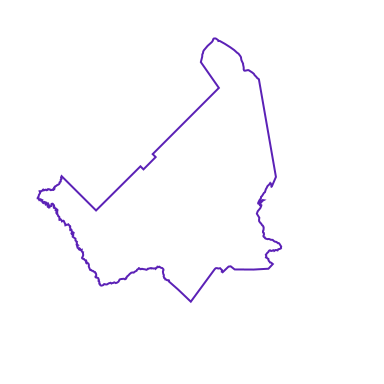 the district of Taveta, Coast, Kenya, rotated 225°
{"feature_id": "3690345B11030917787472", "entity_name": "Taveta", "entity_type": "district", "adm_level": 2, "iso_a3": "KEN", "parent_name": "Kenya", "parent_adm1": "Coast", "projection": "albers", "projection_center": [37.998, -3.439], "detail": "fine", "context": "isolated", "style": "outline", "palette": "violet", "viewbox_px": 384, "rotation_deg": 225, "n_neighbors": 0, "source": "geoboundaries", "source_scale": "gbopen_adm2", "svg_char_len": 5855}
<svg xmlns="http://www.w3.org/2000/svg" viewBox="0 0 384 384"><g transform="rotate(225 192 192)"><path d="M133.0,113.2L115.3,113.6L121.3,153.0L121.4,154.2L121.2,155.1L120.4,155.9L119.3,156.5L118.2,158.0L116.4,157.9L115.6,158.0L115.1,157.7L114.6,156.7L113.6,156.9L113.4,165.1L112.1,166.8L107.1,167.4L93.8,180.5L83.7,191.8L83.9,198.2L86.0,198.0L87.1,197.3L87.8,197.6L89.0,197.6L89.5,197.8L90.8,198.7L91.3,198.4L92.4,198.4L93.5,198.0L93.7,198.3L94.0,199.2L95.4,199.8L95.7,202.2L95.6,203.6L95.9,204.3L95.9,205.5L95.5,206.0L94.4,206.2L93.5,207.6L93.4,208.3L92.8,208.7L92.2,208.5L91.9,210.0L91.6,210.4L90.2,211.2L90.5,212.6L89.9,213.4L89.3,214.8L89.4,215.4L90.0,215.8L90.4,216.5L94.0,217.3L94.8,217.0L95.0,216.6L97.0,216.4L98.3,215.5L99.5,215.2L101.1,215.2L102.7,213.8L103.6,213.6L104.5,213.1L105.2,212.1L107.1,211.1L107.6,211.0L108.4,211.4L108.9,211.1L110.0,211.1L110.5,211.5L110.6,212.1L111.0,212.6L111.2,213.1L112.5,213.9L113.0,213.6L113.3,213.7L114.2,214.6L114.6,215.8L114.9,216.0L116.0,217.4L116.4,217.5L116.8,217.9L118.2,218.3L118.7,218.1L120.0,218.3L120.7,218.6L121.9,218.5L123.8,218.8L124.9,219.7L126.2,221.4L130.8,222.5L131.9,224.8L132.3,228.9L133.1,230.9L133.6,231.7L134.1,231.6L134.7,230.7L135.4,230.9L135.6,231.4L135.9,235.8L135.6,236.8L136.3,236.3L136.6,235.3L137.0,234.7L137.1,232.2L136.6,231.1L137.0,230.7L137.3,230.8L137.6,231.3L138.5,233.9L138.8,236.1L139.1,236.7L139.5,237.0L139.7,237.3L139.7,238.9L140.5,242.2L140.3,243.4L141.8,246.3L142.0,247.3L142.8,249.6L142.7,252.0L143.0,253.5L142.5,253.4L142.3,253.7L141.4,253.4L140.6,253.0L140.3,252.4L139.8,252.1L139.6,252.0L139.5,252.4L143.3,262.0L224.4,319.0L226.8,318.7L227.9,318.9L230.4,318.9L231.8,319.3L233.9,319.1L238.0,318.2L238.6,317.8L240.1,315.5L240.7,314.9L241.1,314.8L242.1,315.2L243.6,316.7L246.1,318.3L246.5,318.8L250.1,320.1L251.5,321.0L252.6,321.9L254.1,322.3L257.1,322.7L258.2,322.4L262.5,322.2L267.3,321.4L273.6,320.0L278.9,318.5L279.5,318.2L280.1,317.4L280.9,317.8L281.7,317.7L283.5,317.4L284.2,317.0L285.0,316.1L285.1,315.5L285.0,315.0L284.3,313.7L284.0,312.1L284.3,306.4L283.8,300.5L283.4,299.3L282.4,297.9L282.0,296.6L280.4,294.8L277.6,290.1L246.6,284.6L246.6,191.0L242.4,191.0L242.3,173.7L246.6,173.7L246.8,111.1L295.4,111.0L294.9,109.7L294.6,109.4L293.5,108.9L293.4,107.6L292.5,107.0L292.2,106.4L292.5,105.3L292.4,105.0L291.8,104.6L291.6,103.5L291.8,102.5L292.2,101.9L292.3,100.5L292.8,98.8L292.3,98.1L292.6,97.5L292.5,97.3L291.6,97.0L291.3,96.5L292.2,95.5L291.8,95.1L292.5,94.5L293.1,93.5L293.4,93.3L294.5,93.3L294.9,92.7L295.8,92.3L295.7,91.2L295.9,90.6L296.5,90.6L297.1,90.2L297.4,89.1L298.9,88.6L299.0,88.3L298.5,87.6L298.9,87.2L299.1,85.6L299.3,85.2L300.0,85.2L300.3,84.8L299.1,84.2L298.6,83.6L298.2,81.7L297.5,80.7L296.9,78.6L296.7,78.4L295.9,79.1L295.1,78.5L294.3,78.3L294.0,79.7L292.6,80.2L292.7,79.6L292.5,79.2L291.5,79.8L290.5,79.0L289.4,79.0L289.1,79.1L289.0,79.4L289.6,80.1L289.5,80.5L287.5,81.5L287.2,81.3L287.1,81.0L287.2,80.3L286.7,79.6L286.4,79.6L285.6,80.7L286.0,81.3L285.8,82.1L283.9,81.5L283.7,81.0L284.2,80.4L283.7,79.6L283.4,79.6L283.2,79.9L282.2,79.8L281.9,80.3L282.7,81.0L281.5,82.7L281.6,83.0L282.8,83.9L282.8,84.4L282.6,84.9L282.1,85.2L280.1,85.0L279.3,83.9L278.8,84.1L278.5,83.9L278.4,83.2L278.1,83.2L277.5,83.8L276.9,84.0L275.7,84.0L275.6,83.8L276.0,83.4L275.6,82.6L275.3,82.6L274.8,84.2L274.5,84.2L274.3,84.1L274.0,83.3L273.4,82.8L273.7,82.3L273.3,82.0L273.2,81.3L272.3,81.1L272.3,81.7L271.3,81.0L270.0,80.7L269.5,80.3L268.4,80.6L267.5,79.9L266.8,79.8L266.9,79.4L266.7,79.1L266.0,78.6L265.3,79.8L263.7,79.6L263.2,79.3L262.7,80.7L262.4,80.8L261.8,80.8L260.9,80.3L259.2,79.8L258.0,78.9L257.7,79.4L257.6,80.1L256.9,80.8L256.6,81.7L254.6,81.5L254.1,81.7L253.8,81.6L253.5,80.8L252.4,80.4L251.4,79.1L251.2,79.0L250.7,80.0L250.4,80.0L249.9,79.5L249.6,79.5L248.6,78.8L248.4,78.5L247.9,78.8L247.8,79.3L246.9,79.5L246.5,78.8L246.6,78.4L247.8,77.9L247.9,77.5L247.1,77.2L246.3,77.6L245.7,77.7L245.3,77.3L245.2,76.4L244.7,76.0L241.4,76.6L240.1,75.3L238.1,75.4L237.8,74.6L237.0,74.3L236.6,73.6L236.4,73.8L235.8,73.6L235.2,73.7L235.4,73.2L235.3,72.7L234.6,72.3L234.1,72.4L233.6,71.7L232.6,71.8L231.3,71.5L231.0,71.6L231.4,72.2L231.8,72.3L231.8,72.6L231.0,72.7L230.1,72.3L229.8,72.3L229.5,72.4L229.1,73.1L228.9,72.8L229.0,72.3L228.3,72.3L227.3,72.0L226.5,72.3L226.4,72.0L224.6,70.7L224.0,70.0L223.6,68.8L223.2,68.2L223.2,67.7L222.9,67.5L222.2,67.5L221.1,68.2L220.8,68.0L218.8,68.3L218.5,68.7L217.8,68.4L217.8,67.7L217.5,67.5L216.9,67.4L216.4,67.0L216.0,67.1L215.9,67.9L214.9,68.1L214.0,67.9L213.2,67.4L212.3,66.3L209.0,64.9L208.6,65.0L208.3,65.5L207.0,65.6L206.2,66.2L205.4,66.1L204.1,66.8L203.2,66.4L202.7,66.6L201.5,66.0L200.6,65.1L200.4,64.9L200.5,64.0L200.1,63.6L199.6,63.6L197.8,64.7L197.1,64.7L196.3,64.2L195.4,63.3L195.2,63.5L194.8,62.9L194.2,63.0L193.6,62.6L192.7,61.6L192.0,61.8L191.4,61.4L190.7,61.3L189.9,61.7L189.2,62.8L188.9,63.7L189.1,64.4L188.9,64.9L187.4,65.8L186.7,66.7L186.3,68.5L185.4,70.2L184.3,70.3L184.1,71.0L183.5,71.8L183.1,73.1L181.5,73.7L180.8,75.2L180.6,76.7L181.3,79.0L180.6,80.3L178.9,82.4L178.4,82.7L177.8,82.8L177.4,83.4L177.4,84.4L178.0,84.9L177.9,85.5L178.2,86.9L178.0,87.5L178.1,90.3L177.9,91.0L177.9,91.9L177.3,92.9L176.6,93.4L176.2,93.8L176.2,94.8L175.5,97.2L175.9,98.2L175.6,99.3L175.7,100.6L175.3,100.8L174.1,100.8L173.7,101.1L173.5,101.8L172.9,102.1L172.7,102.6L171.5,103.3L170.7,104.0L169.3,104.7L168.8,105.9L169.0,106.4L168.6,106.8L168.4,107.4L167.3,109.1L166.9,109.1L166.9,109.4L165.1,110.7L164.1,111.9L163.6,111.9L163.7,112.2L163.4,112.5L163.4,113.2L163.6,113.4L163.3,114.2L163.6,114.8L163.4,115.0L163.0,115.0L162.3,115.4L162.2,116.1L160.3,116.5L159.2,117.2L157.5,117.1L156.7,116.2L156.6,115.5L156.0,114.9L154.3,113.7L153.4,113.5L152.6,112.8L152.4,112.3L150.7,111.5L150.0,111.8L149.0,111.3L148.5,111.8L147.5,111.9L146.0,113.2L145.7,113.2L145.2,112.4L133.0,113.2Z" fill="none" stroke="#5b21b6" stroke-width="2"/></g></svg>